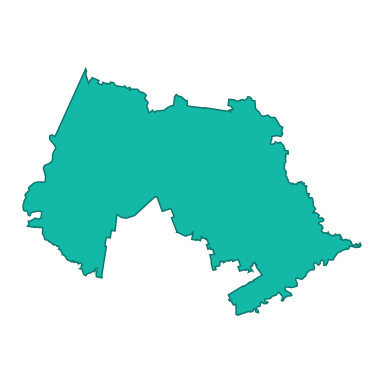 the district of Playa Vicente, Veracruz, Mexico
{"feature_id": "50627088B74539459356287", "entity_name": "Playa Vicente", "entity_type": "district", "adm_level": 2, "iso_a3": "MEX", "parent_name": "Mexico", "parent_adm1": "Veracruz", "projection": "mercator", "projection_center": [-95.61, 17.758], "detail": "fine", "context": "isolated", "style": "filled", "palette": "teal", "viewbox_px": 384, "rotation_deg": 0, "n_neighbors": 0, "source": "geoboundaries", "source_scale": "gbopen_adm2", "svg_char_len": 5961}
<svg xmlns="http://www.w3.org/2000/svg" viewBox="0 0 384 384"><path d="M360.0,243.1L358.3,245.6L357.5,245.3L357.0,244.0L356.1,243.8L354.5,245.1L353.2,245.2L351.8,244.3L351.3,242.1L349.3,240.1L347.1,240.4L346.6,239.4L345.7,239.3L343.0,240.3L342.3,239.4L340.6,239.3L340.6,238.6L341.7,238.0L341.6,237.4L340.7,236.6L340.6,235.3L339.2,234.4L337.3,235.2L335.3,234.1L333.9,235.9L332.3,235.6L329.4,234.6L328.2,232.2L327.1,233.6L325.7,232.7L324.2,233.2L321.3,231.1L321.5,229.9L322.7,228.8L322.8,227.2L321.6,225.2L319.1,224.0L318.5,222.8L319.5,222.0L323.0,221.3L323.8,219.2L321.7,217.8L318.8,218.3L318.3,217.0L319.3,215.2L318.3,214.7L317.5,213.5L314.4,212.3L313.4,213.0L312.7,212.8L315.6,208.9L312.9,205.1L313.3,202.5L312.4,198.1L311.2,197.7L309.3,198.1L308.7,196.2L309.1,195.0L308.1,195.0L309.0,193.6L306.8,193.4L306.5,192.9L306.7,191.3L305.9,188.5L306.8,186.9L306.5,185.9L304.7,186.0L304.0,185.1L304.3,183.4L303.8,182.9L303.1,183.7L302.3,183.7L301.8,181.7L300.3,181.7L299.3,182.9L298.1,182.3L297.2,183.3L297.4,183.8L296.1,184.2L294.0,184.1L292.6,183.2L291.4,184.3L290.9,183.3L288.2,181.9L288.1,179.6L287.1,178.5L286.8,176.8L285.9,176.0L286.2,171.7L284.6,169.4L284.2,167.8L284.7,165.2L284.2,164.0L285.8,162.1L285.3,156.4L285.8,156.5L285.9,153.6L288.2,154.0L288.1,151.0L284.9,150.4L284.8,148.6L283.9,148.4L284.1,146.4L280.6,142.3L279.2,142.5L278.6,143.2L275.3,141.9L273.9,143.9L270.9,144.4L270.5,142.4L271.8,139.5L271.7,136.5L276.8,135.6L281.0,136.5L282.4,134.4L281.9,133.9L282.6,133.7L281.7,131.1L282.7,127.1L281.7,127.1L280.4,126.2L275.0,117.6L273.8,117.3L271.5,117.9L267.9,115.1L263.9,116.3L261.0,115.5L259.0,111.8L257.5,110.9L255.5,108.3L254.9,100.8L252.1,100.5L251.6,98.8L249.8,97.0L247.8,96.8L247.4,98.4L244.5,100.4L242.1,99.5L237.7,101.2L235.8,100.9L234.5,99.9L228.9,99.3L228.1,105.4L231.1,106.2L233.0,109.3L231.0,109.8L230.7,111.5L230.0,110.4L229.8,111.4L228.9,110.5L226.9,111.2L204.6,107.7L204.5,108.1L188.6,106.2L187.0,105.2L187.4,103.9L187.1,100.5L185.5,100.5L181.4,96.8L178.6,96.2L176.2,94.5L174.5,97.0L173.8,104.3L173.0,105.8L171.6,105.7L167.5,107.6L164.3,110.3L156.2,111.1L154.8,112.2L152.4,110.2L150.6,111.9L148.8,112.6L147.5,107.7L146.6,106.7L148.1,102.8L146.6,100.5L144.6,99.0L146.3,95.1L143.4,92.7L141.7,92.2L141.0,92.8L137.5,89.3L130.9,89.1L129.1,90.6L130.2,88.4L129.9,87.4L126.9,88.4L124.8,85.8L124.0,86.8L122.9,86.9L116.1,85.8L113.9,83.8L113.9,82.9L113.3,82.6L110.4,82.1L110.1,84.0L107.2,83.5L107.2,84.1L102.9,82.3L101.9,85.1L97.7,83.2L98.9,80.6L92.1,77.6L90.8,80.3L90.3,80.0L88.5,83.2L85.7,74.1L86.6,71.4L85.7,68.8L55.1,136.4L51.8,135.0L50.8,135.1L49.8,136.2L49.5,138.0L50.0,139.8L54.6,145.3L55.7,147.2L55.6,148.3L53.2,152.8L52.6,155.3L52.6,159.3L51.7,161.4L49.1,163.6L44.9,165.2L43.6,167.1L43.5,168.8L45.6,176.2L45.2,181.4L44.7,182.1L37.6,182.0L34.0,183.0L29.4,186.8L28.6,188.0L29.2,190.4L25.3,194.2L25.1,195.5L26.1,197.7L24.3,200.5L23.0,205.7L23.5,210.1L24.2,210.7L27.6,211.4L28.1,214.6L29.2,215.8L30.2,215.4L30.9,212.9L33.5,211.9L39.4,211.0L41.3,211.5L41.7,212.2L40.9,218.1L38.7,219.0L35.1,218.2L30.4,221.0L28.3,221.2L28.8,224.2L27.6,226.3L34.6,227.3L34.9,226.9L35.8,227.3L37.8,227.0L38.9,227.1L39.1,227.6L40.1,227.3L42.4,227.7L43.0,230.3L42.5,231.1L42.5,233.8L44.1,236.5L44.5,238.8L45.5,239.8L48.3,240.3L48.7,241.4L51.2,242.7L53.4,244.9L55.1,244.6L57.0,246.2L58.8,246.3L59.2,248.5L58.8,249.3L60.8,250.3L61.5,252.3L62.1,252.7L62.2,254.7L63.3,254.8L65.3,256.4L67.0,259.5L71.5,261.8L73.4,260.7L73.5,262.3L77.4,262.2L78.0,263.8L79.2,263.7L79.9,262.9L80.9,263.2L82.3,265.4L81.3,265.8L81.2,268.0L79.9,268.7L81.3,269.0L82.4,270.1L83.7,274.4L85.4,275.5L86.3,275.5L87.1,273.6L90.9,272.7L92.9,271.2L94.5,271.8L95.3,270.5L95.2,269.2L96.0,268.3L97.1,268.2L97.3,269.6L96.1,273.7L96.4,276.7L102.0,277.9L101.9,274.4L106.0,248.8L106.3,246.4L104.9,246.1L106.2,237.4L110.3,237.9L111.3,230.5L115.0,231.0L116.9,214.6L122.0,217.6L125.3,218.0L126.7,218.1L134.5,215.6L155.1,196.6L157.3,197.5L162.3,211.4L170.9,208.5L174.2,216.7L171.5,217.7L176.9,231.8L176.6,232.4L178.1,232.5L185.4,236.1L192.2,233.9L192.4,232.5L193.6,231.4L193.0,232.3L191.8,239.4L196.5,240.2L196.7,239.5L200.6,240.7L201.1,237.8L201.3,238.2L201.9,237.1L202.3,238.0L204.1,238.2L205.8,239.3L206.1,238.3L206.5,238.3L208.9,244.3L206.6,244.6L207.9,249.2L209.1,248.8L210.0,247.5L210.7,249.4L212.6,249.5L214.5,254.3L209.9,254.8L211.3,260.6L211.3,263.8L212.9,270.1L215.9,269.7L215.3,266.7L219.6,265.8L220.3,261.1L222.1,261.8L223.0,261.4L223.5,262.7L226.0,261.2L228.9,260.4L229.2,261.0L232.1,259.8L232.7,261.4L237.7,259.5L238.5,260.3L240.6,265.8L238.0,266.8L239.6,271.1L245.3,269.6L245.6,270.3L248.1,269.3L248.8,271.4L248.5,272.2L251.4,270.6L252.6,271.1L250.3,266.9L252.5,265.9L252.6,263.8L253.2,264.0L254.8,262.4L255.6,264.7L256.8,264.8L256.8,265.6L256.1,265.9L256.7,267.5L262.2,275.0L253.2,280.4L253.6,281.0L251.1,282.4L250.7,281.7L248.0,283.2L248.3,283.8L243.1,286.6L242.8,286.1L228.3,294.9L230.4,298.8L230.1,300.0L228.9,299.6L229.5,301.0L230.7,300.3L233.2,304.7L234.3,304.9L235.5,304.1L236.1,305.3L235.3,305.6L236.0,305.7L236.1,314.3L237.9,315.2L248.6,311.4L249.8,312.0L252.7,311.4L253.9,308.6L255.3,310.0L255.8,311.9L258.4,312.7L258.3,311.1L256.1,307.9L257.0,306.9L260.1,306.2L260.5,302.5L262.2,302.5L263.9,303.7L266.8,303.6L267.9,302.3L264.7,300.9L264.5,300.1L265.2,299.1L270.5,298.4L272.0,296.3L276.0,295.2L278.7,292.0L282.3,296.2L282.5,298.2L281.4,300.6L282.8,300.9L284.9,297.9L286.5,296.5L288.0,295.9L290.8,295.9L291.8,295.2L291.0,293.4L285.9,290.6L285.0,289.0L285.5,287.4L286.6,286.9L291.9,287.6L296.9,286.1L297.2,283.7L295.7,280.0L295.9,278.4L296.9,278.1L302.0,279.3L305.6,276.1L306.7,273.3L309.2,270.7L310.6,269.9L313.8,269.8L314.5,268.4L313.6,264.2L314.6,262.8L316.3,262.9L317.9,265.0L318.8,265.0L320.1,263.6L320.7,260.6L322.2,260.0L323.6,261.4L323.9,265.2L325.8,265.4L327.3,263.1L328.3,259.8L333.0,260.0L334.1,257.7L338.2,252.3L340.2,251.9L342.3,250.4L345.6,249.3L348.7,248.9L349.8,246.0L356.2,247.5L359.6,247.1L361.0,245.4L360.0,243.1Z" fill="#14b8a6" stroke="#0f766e" stroke-width="1.5"/></svg>